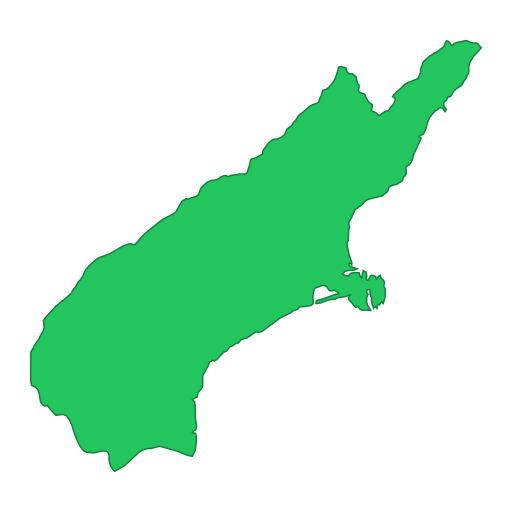 outline of Canterbury
{"feature_id": "NZL-3400", "entity_name": "Canterbury", "entity_type": "Regional Council", "adm_level": 1, "iso_a3": "NZL", "parent_name": "New Zealand", "parent_adm1": "", "projection": "mercator", "projection_center": [172.324, -43.488], "detail": "fine", "context": "isolated", "style": "filled", "palette": "green", "viewbox_px": 512, "rotation_deg": 0, "n_neighbors": 0, "source": "natural_earth", "source_scale": "10m", "svg_char_len": 5977}
<svg xmlns="http://www.w3.org/2000/svg" viewBox="0 0 512 512"><path d="M481.3,47.9L473.6,56.2L470.7,61.0L469.3,64.1L468.8,66.8L468.8,70.9L468.6,73.3L467.7,74.5L466.1,78.2L464.2,80.7L462.3,84.3L460.4,86.2L455.9,89.1L453.8,91.1L450.7,96.2L450.1,96.7L449.5,96.8L448.1,96.7L446.6,99.9L445.5,100.9L444.5,101.7L443.7,102.8L443.6,105.0L444.0,106.2L445.7,108.3L446.3,109.6L445.7,110.6L444.9,111.5L442.9,108.7L441.8,108.0L440.2,107.7L439.0,108.2L436.8,110.1L435.8,110.5L434.6,111.5L429.3,117.9L427.4,123.1L425.8,129.0L423.5,134.0L419.1,136.2L419.1,137.2L419.8,137.3L421.2,138.2L413.5,154.9L412.4,159.6L410.9,162.5L409.0,165.0L405.9,166.6L405.7,167.9L406.2,170.6L406.1,172.1L406.3,172.8L406.2,173.6L405.5,175.3L404.5,176.5L403.7,176.9L403.0,177.6L402.8,179.5L402.4,180.5L401.5,181.4L397.1,184.1L396.1,184.5L393.2,184.9L389.1,187.1L388.6,188.4L388.2,189.9L387.8,191.1L386.9,192.1L382.1,195.8L368.7,199.2L365.4,200.7L362.7,204.1L355.1,209.7L353.7,212.4L351.4,218.0L349.1,221.7L348.6,222.8L348.9,224.8L349.6,226.5L348.9,229.8L348.5,233.3L348.3,240.5L347.7,241.4L347.0,243.2L347.3,246.2L349.1,254.7L351.9,262.8L351.7,265.0L350.5,263.4L349.3,263.2L348.8,264.1L349.6,266.0L351.1,267.1L357.2,268.8L354.4,270.1L347.9,270.5L344.9,271.5L342.2,274.0L343.4,275.0L346.2,275.5L348.3,276.2L350.4,273.5L354.1,272.6L357.7,272.6L359.3,272.9L359.7,275.0L360.6,276.9L361.5,278.0L362.0,277.6L362.4,274.0L363.3,270.6L366.0,272.2L366.5,273.4L366.7,275.7L366.4,279.5L366.8,280.3L368.1,280.0L369.0,278.9L369.7,277.3L370.5,275.8L371.8,275.2L373.3,275.4L374.8,276.0L375.9,277.1L376.3,279.0L379.1,275.9L380.3,275.2L380.7,277.6L381.9,279.0L383.3,280.1L384.4,281.8L384.5,282.8L383.7,285.6L384.0,286.4L384.8,287.8L385.1,288.5L385.4,292.2L385.1,296.2L384.3,300.1L383.1,303.5L381.9,301.6L379.4,304.9L377.6,304.5L377.0,307.4L376.9,308.3L376.1,307.1L375.3,306.9L374.4,307.4L373.6,308.3L373.1,306.6L371.9,303.5L371.5,301.6L371.5,299.5L371.8,298.3L371.6,297.3L370.5,295.5L369.9,293.7L370.1,291.7L370.1,290.0L368.8,289.3L367.2,289.9L366.6,291.3L366.9,292.9L368.1,294.1L366.7,297.8L366.6,301.6L367.6,305.3L370.8,310.3L370.5,310.6L368.1,310.1L361.6,310.1L360.3,309.3L358.0,306.6L355.7,307.3L354.5,306.3L352.4,303.5L348.6,299.5L348.5,297.6L350.4,295.1L348.6,295.2L345.9,296.5L337.8,297.7L335.1,299.2L329.3,299.7L320.6,302.9L316.5,303.6L315.7,303.0L316.1,301.6L317.1,300.6L318.3,300.0L321.0,299.5L335.9,294.3L337.4,294.1L338.9,293.7L338.1,292.6L335.4,290.8L334.2,290.5L331.0,291.0L329.3,290.3L328.6,289.5L327.4,287.6L326.6,286.6L323.9,285.3L321.4,285.7L318.8,286.9L316.0,287.5L314.4,288.9L313.4,292.3L313.0,296.4L313.0,299.7L313.4,302.6L313.1,303.3L311.9,304.9L310.9,305.5L302.6,306.8L301.4,306.6L299.4,307.2L297.6,309.3L293.0,310.9L291.0,312.7L280.7,317.6L261.5,331.7L258.5,332.2L256.9,331.9L255.4,332.1L246.7,338.1L243.1,338.9L241.5,339.5L238.1,342.9L235.4,343.8L232.7,345.7L230.0,346.7L227.2,350.0L226.5,351.1L223.9,352.1L222.7,353.1L216.7,359.6L214.2,361.1L212.3,360.3L209.6,362.2L208.8,363.7L208.5,365.1L203.1,375.1L202.7,376.7L202.7,384.6L202.2,387.2L200.8,389.3L198.0,392.7L197.7,394.0L197.7,395.5L197.4,396.9L196.2,397.5L195.4,397.7L192.5,399.5L194.7,402.2L195.3,407.0L195.3,417.5L196.4,424.3L196.5,426.7L196.0,429.3L194.8,430.4L193.5,431.1L192.5,432.8L195.4,433.3L196.4,436.7L196.3,441.3L195.4,449.6L194.4,452.4L193.2,454.4L192.4,456.3L187.7,455.4L177.2,451.1L159.6,446.2L151.2,448.5L147.3,448.6L143.4,449.7L139.9,451.5L124.4,465.7L114.7,471.3L112.7,469.4L110.5,465.8L109.5,462.2L108.9,458.3L109.3,455.2L108.0,452.4L106.1,451.1L102.4,450.9L93.6,452.9L86.6,452.3L83.5,450.6L81.3,448.0L78.3,443.1L74.9,434.8L71.7,424.7L69.4,419.7L66.4,415.9L63.2,414.4L55.9,415.3L50.3,409.3L47.6,405.6L44.8,406.1L42.5,404.7L40.6,402.1L39.0,392.9L37.5,389.2L34.7,386.7L31.6,385.4L31.0,383.3L30.7,379.9L30.7,354.8L31.0,351.7L33.0,348.5L34.3,345.8L36.7,342.0L38.8,339.3L40.5,335.5L43.0,331.3L44.2,327.9L43.4,320.2L48.7,313.9L52.2,310.5L55.5,306.5L71.0,293.7L73.7,288.8L76.0,286.4L77.8,282.6L80.5,279.5L83.0,275.8L84.4,272.3L85.9,269.4L88.6,266.3L96.3,259.3L99.4,257.5L109.4,253.9L122.7,246.2L127.5,244.3L130.9,243.8L132.5,244.4L135.1,244.4L144.8,233.6L162.2,219.7L172.1,214.5L175.8,212.0L182.0,201.2L185.9,198.8L188.0,199.0L195.9,196.5L197.7,195.3L198.9,193.9L200.0,190.3L201.3,187.7L205.5,183.6L207.8,181.9L211.9,180.3L215.1,180.0L216.9,179.6L218.5,178.7L220.5,177.1L224.2,175.6L225.5,175.6L226.5,175.8L227.2,176.3L227.7,176.4L228.5,176.3L232.1,175.1L236.3,174.8L239.9,174.0L244.9,174.1L246.4,173.2L247.5,171.9L248.0,170.3L248.4,168.5L249.6,164.8L250.3,161.3L250.7,159.9L251.3,159.2L256.4,157.6L262.6,153.9L262.9,151.4L263.4,149.8L265.7,147.0L268.0,143.5L270.0,141.7L272.9,139.7L274.4,139.2L277.3,139.0L279.1,138.3L281.7,137.0L284.6,134.4L287.2,129.0L291.7,125.4L292.7,124.0L293.8,122.1L295.9,119.9L296.8,118.7L297.8,116.7L299.3,115.0L305.4,110.2L310.4,105.7L313.3,104.4L315.2,104.0L317.7,102.9L319.0,101.5L319.5,99.9L319.8,98.4L321.2,95.8L321.7,94.3L322.1,92.9L322.7,90.3L325.6,89.6L327.3,88.5L329.2,86.9L333.7,81.3L335.1,78.5L337.8,70.9L338.4,67.6L339.2,66.9L340.2,66.6L341.4,66.7L344.7,67.5L345.8,68.1L347.4,72.5L349.2,73.5L351.1,73.9L352.6,73.9L354.6,75.8L355.8,76.2L356.4,78.0L356.7,80.1L357.7,83.5L359.0,85.1L359.2,87.0L358.7,88.7L358.5,90.7L359.4,92.1L360.9,92.8L362.7,93.4L364.7,94.3L365.7,97.2L367.0,98.9L367.8,100.7L368.5,101.8L372.4,104.9L372.2,106.8L371.7,108.9L371.6,110.5L372.7,111.5L374.4,112.0L375.9,112.7L378.4,115.2L380.3,115.2L381.6,113.8L385.3,111.4L387.2,111.1L389.0,109.9L390.8,107.2L393.2,104.5L395.2,100.2L395.3,98.6L392.6,96.7L393.8,94.8L396.3,92.3L399.5,89.6L404.9,84.3L408.1,82.5L417.4,78.8L418.7,77.2L419.4,75.1L420.4,73.1L420.6,69.3L423.4,61.7L429.7,56.1L432.3,54.6L434.2,52.9L436.1,52.3L438.5,50.8L440.2,49.3L442.2,48.0L443.8,46.5L445.5,42.3L446.7,40.8L448.5,41.5L450.0,43.1L450.9,44.7L451.9,45.5L453.1,44.7L454.3,43.5L456.3,42.6L464.6,40.8L466.4,40.7L467.9,41.0L469.2,41.8L470.5,42.4L473.4,43.1L475.3,42.9L476.7,43.1L477.8,43.6L478.3,44.4L481.3,47.9Z" fill="#22c55e" stroke="#15803d" stroke-width="1.5"/></svg>